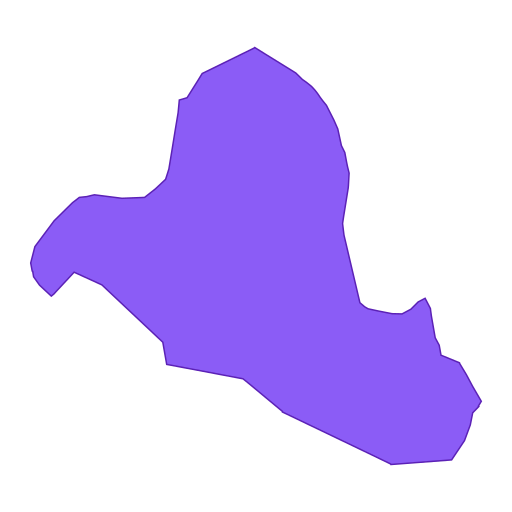 Sunny Acres, Castries, Saint Lucia
{"feature_id": "8701671B95823931599644", "entity_name": "Sunny Acres", "entity_type": "district", "adm_level": 2, "iso_a3": "LCA", "parent_name": "Saint Lucia", "parent_adm1": "Castries", "projection": "mercator", "projection_center": [-60.973, 14.029], "detail": "fine", "context": "isolated", "style": "filled", "palette": "violet", "viewbox_px": 512, "rotation_deg": 0, "n_neighbors": 0, "source": "geoboundaries", "source_scale": "gbopen_adm2", "svg_char_len": 1507}
<svg xmlns="http://www.w3.org/2000/svg" viewBox="0 0 512 512"><path d="M254.7,47.5L254.0,48.1L202.2,73.5L198.1,80.2L187.1,97.7L183.2,98.9L179.3,100.0L178.9,104.5L178.1,112.8L175.6,127.8L172.3,148.2L168.9,168.9L167.5,173.4L165.6,179.3L155.5,188.8L151.2,192.2L144.6,197.4L137.8,197.7L122.0,198.3L94.4,194.8L91.3,195.5L86.8,196.6L79.3,197.4L77.3,199.0L72.6,202.6L66.5,208.6L54.2,220.7L34.9,246.6L30.7,263.0L32.2,271.1L32.7,271.3L33.0,273.2L33.6,276.8L39.5,285.1L44.6,289.9L51.3,296.1L54.0,293.9L56.3,291.3L56.8,290.8L63.6,283.5L74.1,272.2L101.9,284.9L162.8,342.2L166.7,364.4L186.9,368.2L243.0,378.8L249.2,383.8L282.4,411.4L282.4,412.0L362.9,450.6L390.7,464.0L390.9,464.5L451.6,459.9L464.5,440.6L470.3,424.9L472.7,412.8L478.8,406.5L478.4,406.1L481.3,401.3L479.1,397.5L472.7,386.5L466.4,374.7L459.9,363.9L459.6,363.3L459.5,362.8L441.0,355.2L439.2,345.2L435.2,337.8L431.4,316.1L430.7,311.0L430.4,308.5L428.8,305.4L425.1,298.3L418.2,301.9L410.9,309.2L402.1,313.9L401.5,313.9L392.1,313.7L385.4,312.4L381.9,311.7L377.8,310.9L368.1,308.8L365.0,307.0L364.2,306.4L359.9,302.7L344.0,235.2L343.6,232.1L342.6,223.7L342.7,222.7L343.6,216.6L345.3,206.1L348.2,188.0L348.4,185.8L349.1,173.1L347.6,167.0L347.2,165.1L346.7,162.7L344.8,152.5L341.4,145.6L337.9,129.5L337.8,129.0L333.9,120.1L326.4,105.3L324.2,102.6L322.6,100.6L320.2,97.4L317.4,93.3L314.9,90.1L314.0,89.1L311.5,86.4L306.4,82.3L303.0,79.9L302.3,79.4L301.0,78.1L300.1,77.2L295.8,73.0L265.6,54.3L254.7,47.5Z" fill="#8b5cf6" stroke="#5b21b6" stroke-width="1.5"/></svg>